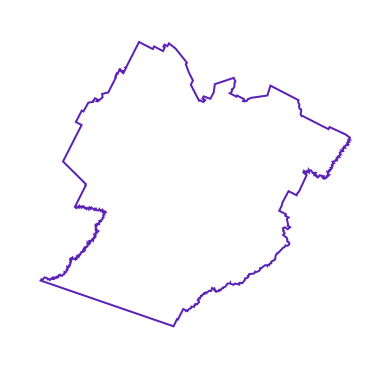 outline of Walgett, New South Wales, Australia, rotated 199°
{"feature_id": "25037944B85732743205299", "entity_name": "Walgett", "entity_type": "district", "adm_level": 2, "iso_a3": "AUS", "parent_name": "Australia", "parent_adm1": "New South Wales", "projection": "natural_earth1", "projection_center": [148.338, -29.79], "detail": "fine", "context": "isolated", "style": "outline", "palette": "violet", "viewbox_px": 384, "rotation_deg": 199, "n_neighbors": 0, "source": "geoboundaries", "source_scale": "gbopen_adm2", "svg_char_len": 5903}
<svg xmlns="http://www.w3.org/2000/svg" viewBox="0 0 384 384"><g transform="rotate(199 192 192)"><path d="M59.4,294.5L65.5,296.4L83.1,298.2L83.4,295.8L112.3,299.9L112.9,299.4L114.5,300.6L115.4,305.1L115.8,305.7L117.3,305.7L118.6,307.6L118.9,309.6L121.0,311.6L121.2,313.5L152.5,318.1L152.1,307.8L167.3,300.0L168.1,298.8L169.3,298.3L169.9,295.9L172.2,294.7L173.3,294.6L172.9,296.7L180.8,297.9L181.0,296.6L188.4,297.7L187.4,299.0L187.0,300.5L187.8,302.0L186.8,302.9L186.2,305.5L187.4,309.4L186.9,310.6L189.7,313.5L205.5,301.4L203.9,293.3L205.0,286.1L212.1,286.2L212.5,283.7L209.5,283.3L209.7,282.2L210.3,282.3L210.6,280.8L215.2,281.4L215.3,280.8L228.0,293.0L227.4,297.7L233.6,303.7L239.5,310.8L238.9,312.6L254.3,322.3L262.2,325.0L262.7,321.9L266.0,322.4L266.4,320.1L264.8,319.8L265.3,315.8L275.2,317.3L275.6,314.4L290.9,316.6L294.8,289.0L295.5,288.1L294.8,288.0L295.6,282.0L297.0,282.5L296.2,283.4L296.7,283.5L296.5,284.0L298.9,283.3L299.5,284.7L299.9,284.7L299.8,284.0L300.5,284.1L300.7,279.8L301.7,279.9L302.0,277.6L301.6,277.7L301.9,275.6L301.3,275.4L303.6,258.8L308.9,255.5L307.4,252.4L310.6,247.0L311.8,246.8L311.1,248.6L314.3,249.0L314.7,246.4L315.2,246.1L314.8,245.0L319.1,242.8L320.9,232.8L322.7,233.1L324.6,220.4L318.2,219.4L323.9,178.9L295.0,164.9L295.2,163.8L294.6,163.6L298.0,139.0L297.6,139.6L296.5,139.3L296.6,140.2L295.8,139.5L295.5,140.3L294.2,140.5L294.4,141.1L293.5,140.8L293.7,142.1L292.7,141.5L291.2,142.7L291.0,141.7L290.3,142.7L289.7,142.3L289.3,142.9L288.1,141.8L287.0,142.5L286.2,141.5L285.3,142.9L284.7,142.5L284.9,143.0L284.0,144.1L283.2,143.4L282.4,144.3L282.1,143.4L281.6,144.2L280.4,144.1L278.8,143.3L278.4,144.4L277.7,143.8L277.3,144.8L276.3,143.8L275.2,143.8L274.0,144.6L274.0,145.6L272.5,144.6L272.5,145.1L271.8,145.0L271.1,145.9L270.7,145.2L270.5,145.8L269.3,144.7L268.7,145.0L269.0,144.0L268.1,144.2L267.6,145.1L266.9,144.8L268.1,143.1L267.7,142.4L268.3,142.4L268.3,140.7L267.3,139.3L268.1,138.5L267.8,137.1L269.1,135.4L268.7,135.0L269.8,134.6L269.1,134.0L270.0,133.0L269.4,131.7L270.2,131.8L270.6,130.7L271.3,131.0L272.4,129.9L271.3,128.9L272.2,128.4L271.2,126.8L270.8,124.7L270.2,124.3L269.8,125.3L268.9,124.2L267.9,124.4L268.5,122.8L269.8,122.2L269.2,120.5L270.7,120.0L268.6,118.3L269.0,117.4L269.6,118.0L270.0,117.4L269.7,113.9L271.0,114.8L271.3,113.2L272.1,112.8L271.9,111.8L272.9,112.5L273.3,112.2L272.2,109.0L273.2,108.7L274.1,109.5L273.1,106.5L274.1,105.2L274.8,105.3L274.6,103.5L275.5,104.2L275.9,103.2L274.8,101.6L275.4,101.5L275.3,100.8L276.0,101.1L276.0,99.6L277.1,99.2L277.2,97.0L278.1,96.5L277.7,95.6L278.9,94.9L278.3,94.2L279.6,94.1L279.0,93.1L279.5,92.9L279.0,92.4L279.3,91.4L279.7,91.6L280.1,90.4L280.8,91.2L281.7,90.2L283.0,90.5L283.5,89.7L283.9,91.0L284.9,89.8L284.4,89.0L285.3,89.0L285.1,87.8L283.8,87.0L284.3,85.6L283.7,85.4L283.6,82.8L284.6,82.4L284.2,81.5L284.6,81.1L284.0,81.0L284.7,79.3L285.2,79.6L284.6,78.4L285.1,78.0L284.6,77.5L285.1,77.0L284.8,75.8L285.6,74.6L286.5,74.8L286.0,72.8L287.1,71.9L287.6,70.4L288.6,70.1L289.8,70.9L290.9,69.9L290.7,68.4L291.2,68.4L291.1,67.7L292.3,67.7L292.3,66.7L293.0,66.8L293.4,66.0L293.7,66.6L294.6,66.4L294.8,64.5L295.6,64.4L296.3,65.2L296.8,63.8L297.6,63.7L297.7,62.5L298.5,62.7L298.6,63.5L298.7,62.8L299.5,63.1L300.0,62.5L301.2,63.4L303.7,63.2L304.5,61.0L306.0,60.3L305.6,59.6L306.0,59.0L165.7,59.0L164.8,66.9L163.8,66.8L162.2,78.5L159.9,78.2L159.0,77.5L158.5,78.4L157.5,78.0L156.8,80.2L155.1,81.9L155.3,83.4L152.7,84.1L152.7,86.5L152.0,86.5L151.8,87.5L150.8,87.4L149.6,89.8L149.8,91.0L151.3,91.6L150.8,92.7L151.2,93.3L150.4,94.3L149.8,94.2L149.8,96.6L148.9,96.9L148.9,97.9L147.7,99.1L148.1,99.2L147.7,100.3L146.6,101.1L145.8,101.0L146.0,101.5L145.3,101.6L143.8,104.0L141.7,104.7L141.7,107.8L140.0,107.4L139.5,108.1L138.3,106.9L138.6,106.3L136.7,105.5L136.1,106.5L134.9,106.7L134.7,107.7L133.9,107.7L133.9,108.6L133.0,108.6L132.3,110.7L131.2,111.3L131.4,112.0L129.6,113.4L128.6,117.0L126.1,117.9L126.1,118.4L125.7,117.9L122.6,117.7L121.7,119.4L117.4,119.8L117.7,120.4L117.2,120.3L117.1,121.7L114.8,122.2L113.5,125.4L113.7,127.6L112.4,128.1L111.2,129.6L111.9,130.8L111.1,131.2L111.2,133.0L107.2,134.9L106.5,135.8L106.4,137.3L105.2,137.2L103.0,139.1L102.2,141.2L102.8,142.1L101.8,142.5L99.2,146.4L96.9,147.4L96.6,146.9L96.3,148.0L95.3,148.0L95.1,149.4L93.9,150.4L94.4,151.0L94.0,152.6L91.9,154.3L92.1,155.1L91.5,155.6L92.3,159.5L91.3,161.5L91.6,161.9L90.5,162.8L87.8,168.9L86.6,169.9L86.2,171.9L84.1,172.3L83.0,174.0L83.5,175.7L85.9,176.3L86.1,177.6L87.6,179.6L91.9,181.1L91.0,183.2L92.9,184.7L92.7,185.4L93.4,185.6L94.2,187.4L92.8,188.8L89.4,188.0L87.8,190.7L90.5,191.2L90.5,192.4L93.6,197.5L92.4,199.4L96.2,199.9L96.0,201.6L103.4,202.6L102.7,208.6L103.1,211.1L101.0,224.2L92.0,223.0L92.1,224.6L91.0,227.2L89.1,245.2L93.1,246.8L93.0,248.4L91.8,247.7L90.7,248.7L90.0,247.8L89.9,249.1L88.7,248.8L89.0,250.7L87.8,249.5L88.0,250.4L87.3,251.3L85.7,250.8L84.2,249.2L83.0,249.6L82.5,248.8L82.4,250.1L81.2,250.5L81.4,247.9L80.3,248.4L79.5,247.3L78.2,247.8L78.8,246.9L77.7,246.7L77.5,247.8L76.4,248.8L76.6,249.4L73.8,249.7L73.8,248.5L72.5,247.7L71.9,249.3L71.0,247.9L70.2,248.5L71.1,249.3L70.0,248.8L69.6,250.1L68.9,250.0L69.6,250.4L69.3,251.7L68.7,251.1L68.0,252.6L69.1,252.3L68.9,252.7L70.3,254.7L69.4,254.5L69.7,256.3L69.0,256.3L69.2,257.3L68.6,257.4L68.7,258.0L68.1,258.3L68.0,259.6L68.6,260.0L67.6,260.5L68.4,262.7L67.7,262.8L68.3,263.9L67.3,265.2L68.1,265.2L68.2,266.1L68.8,266.4L66.9,267.8L66.6,269.2L65.3,269.0L65.6,270.6L64.7,270.4L66.2,271.7L65.2,272.6L65.3,273.3L64.4,273.3L65.0,273.8L63.7,275.5L64.3,275.6L64.3,276.8L65.1,277.3L64.6,278.4L62.8,279.6L63.7,280.0L62.6,280.2L63.2,280.9L62.7,281.6L63.1,281.3L63.5,282.0L63.0,282.0L63.0,283.0L62.3,283.3L63.1,283.5L62.9,284.6L62.0,284.5L61.9,285.2L62.5,285.6L61.8,285.5L61.5,287.0L60.2,287.1L60.6,287.6L59.9,288.0L61.2,289.0L59.7,290.5L60.7,290.7L61.2,291.8L60.0,292.6L60.9,292.7L60.3,294.7L59.4,294.5Z" fill="none" stroke="#5b21b6" stroke-width="2"/></g></svg>